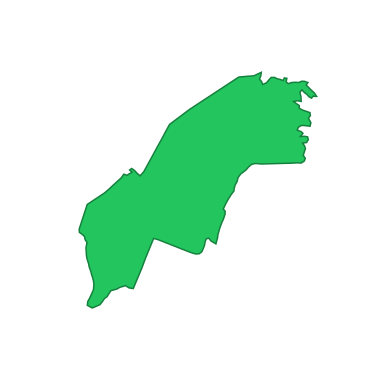 Peri Mirim, Maranhão, Brazil, rotated 112°
{"feature_id": "56859067B19670060487182", "entity_name": "Peri Mirim", "entity_type": "district", "adm_level": 2, "iso_a3": "BRA", "parent_name": "Brazil", "parent_adm1": "Maranhão", "projection": "orthographic", "projection_center": [-44.905, -2.565], "detail": "fine", "context": "isolated", "style": "filled", "palette": "green", "viewbox_px": 384, "rotation_deg": 112, "n_neighbors": 0, "source": "geoboundaries", "source_scale": "gbopen_adm2", "svg_char_len": 2197}
<svg xmlns="http://www.w3.org/2000/svg" viewBox="0 0 384 384"><g transform="rotate(112 192 192)"><path d="M336.9,241.1L334.9,239.0L330.9,235.1L328.2,234.3L323.5,233.2L320.8,231.5L317.7,231.0L313.9,230.2L311.9,227.6L309.7,224.9L307.6,223.4L303.7,218.5L304.5,214.5L303.6,210.3L281.0,210.0L271.1,210.3L249.5,210.2L248.9,206.0L248.7,182.8L248.6,171.4L248.4,168.1L248.0,165.0L246.5,162.1L243.7,160.5L240.7,160.4L237.0,160.4L233.7,161.1L230.2,161.3L228.5,159.1L230.2,156.3L230.7,153.4L231.2,150.4L224.7,151.2L221.8,152.0L218.9,152.3L215.1,152.7L209.0,152.9L205.7,152.7L200.4,153.0L197.4,154.0L196.1,156.6L190.0,156.3L184.7,155.6L179.7,154.7L175.5,153.5L172.9,154.2L169.5,154.6L165.4,154.1L161.4,154.7L157.1,153.6L151.6,150.3L147.3,148.8L144.2,147.2L142.1,144.4L141.1,141.8L140.2,138.5L128.0,110.6L125.4,105.0L124.2,101.5L121.3,99.5L118.4,99.5L116.3,102.6L109.2,103.1L107.0,105.0L105.3,107.8L103.2,104.3L99.9,103.8L97.6,105.4L98.2,108.7L100.0,112.3L96.0,111.1L95.1,113.5L95.3,117.6L92.0,117.6L89.2,115.4L88.0,111.7L86.8,107.2L83.3,107.7L81.6,109.6L79.8,111.8L77.0,110.8L74.2,112.4L74.4,116.2L74.6,120.1L74.2,124.0L71.6,125.0L71.0,128.3L70.0,131.7L67.9,128.4L67.1,124.7L62.8,126.7L59.1,129.3L56.1,128.3L57.7,125.1L58.5,121.9L59.9,119.2L60.2,116.3L57.9,115.7L56.7,112.3L54.4,115.5L52.4,120.7L50.0,126.2L47.1,125.5L47.2,129.0L48.2,131.8L50.4,133.9L51.7,137.6L53.1,140.5L55.5,143.4L54.6,146.0L51.1,146.6L51.6,149.1L54.5,149.3L54.6,152.2L55.1,155.8L54.8,158.3L56.1,161.5L59.3,162.7L62.8,163.8L65.8,166.7L63.5,168.9L62.0,171.7L58.6,171.7L55.1,172.6L61.1,178.2L64.1,184.3L67.9,191.7L116.3,225.2L137.7,238.1L140.9,238.5L143.4,238.8L147.6,239.3L152.1,239.7L157.1,240.3L163.5,241.1L172.4,242.1L191.1,244.3L196.4,246.1L195.2,250.0L193.5,253.5L192.8,256.8L195.0,258.1L196.2,255.0L198.5,256.9L200.9,258.6L201.0,261.9L205.4,262.9L209.3,264.8L214.9,267.5L220.5,270.1L225.6,272.7L242.8,284.5L268.7,282.7L271.6,281.3L272.3,278.3L273.5,275.0L276.3,273.2L278.0,270.5L283.5,269.4L290.4,266.1L293.3,264.3L297.1,261.1L300.2,259.1L303.6,256.0L306.4,254.0L308.6,252.1L311.3,250.1L314.5,248.3L319.4,246.8L323.8,246.9L329.1,247.2L332.6,247.6L336.3,246.6L336.9,241.1Z" fill="#22c55e" stroke="#15803d" stroke-width="1.5"/></g></svg>